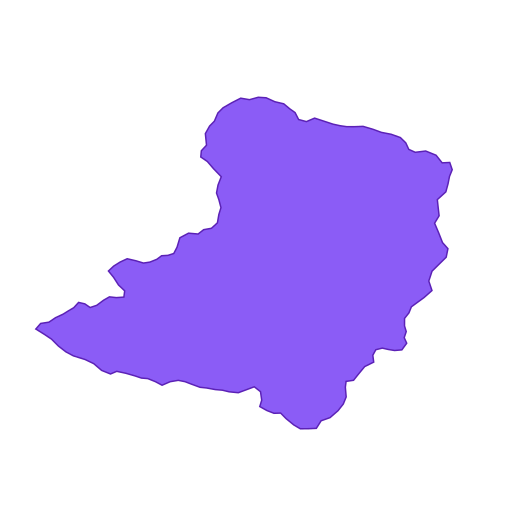 the district of Bom Jesus do Amparo, Minas Gerais, Brazil, rotated 292°
{"feature_id": "56859067B28888821052332", "entity_name": "Bom Jesus do Amparo", "entity_type": "district", "adm_level": 2, "iso_a3": "BRA", "parent_name": "Brazil", "parent_adm1": "Minas Gerais", "projection": "albers", "projection_center": [-43.474, -19.706], "detail": "fine", "context": "isolated", "style": "filled", "palette": "violet", "viewbox_px": 512, "rotation_deg": 292, "n_neighbors": 0, "source": "geoboundaries", "source_scale": "gbopen_adm2", "svg_char_len": 2109}
<svg xmlns="http://www.w3.org/2000/svg" viewBox="0 0 512 512"><g transform="rotate(292 256 256)"><path d="M415.3,400.6L412.1,393.7L416.9,385.2L416.9,374.0L411.8,364.8L412.1,357.7L417.0,352.5L419.9,345.5L419.5,335.7L417.6,326.0L417.3,316.9L416.3,306.7L412.8,298.9L409.9,291.7L408.3,285.2L407.1,278.1L406.4,267.6L405.8,258.7L399.5,252.4L398.5,244.4L403.6,238.5L405.1,232.2L407.5,224.7L406.1,215.7L406.5,206.1L404.0,198.6L398.5,191.4L396.6,182.7L389.1,176.2L381.2,170.0L374.4,167.1L365.4,166.9L359.1,164.3L350.5,163.2L340.2,168.6L333.1,165.9L327.1,167.7L325.4,175.5L321.0,184.0L316.5,194.1L307.6,194.2L299.6,195.8L294.3,200.5L287.7,205.4L280.6,206.0L272.3,207.8L265.0,204.3L260.8,197.6L254.7,194.1L251.9,184.9L244.4,178.6L234.6,179.5L227.5,178.8L223.6,174.1L220.9,168.4L215.8,165.3L210.6,159.9L207.3,154.3L206.6,146.5L205.2,137.6L199.4,132.2L193.3,127.8L186.8,124.8L182.9,131.9L177.6,139.4L174.5,147.3L168.4,148.9L165.1,142.1L163.2,135.4L158.0,131.3L150.6,126.8L146.1,121.5L147.5,115.2L146.5,108.9L139.8,106.4L135.0,102.7L129.9,99.0L123.8,93.3L117.1,88.8L112.8,81.6L105.8,79.2L104.2,88.4L102.3,97.6L98.5,106.5L95.9,115.7L95.0,124.1L96.0,136.3L95.4,145.9L92.1,155.7L92.1,165.3L96.9,170.1L98.5,179.2L99.5,188.7L99.9,195.5L101.8,201.6L101.8,209.8L101.0,217.3L107.3,223.5L111.6,230.5L112.9,237.3L113.0,243.9L113.3,253.3L115.1,259.5L116.9,268.3L119.0,275.1L120.0,281.9L122.6,290.8L128.7,297.5L134.1,303.4L131.9,311.0L124.5,315.3L117.8,315.9L116.8,324.0L116.9,331.6L119.6,337.7L116.5,344.8L113.5,354.4L112.4,361.8L115.5,369.3L118.8,376.5L127.6,378.1L133.9,385.2L143.3,390.0L151.5,392.4L159.1,392.4L167.8,388.0L173.5,386.5L177.3,393.0L184.4,395.1L194.2,398.2L201.7,404.9L207.7,401.5L214.0,402.2L217.9,407.6L218.9,413.7L220.3,419.9L223.6,426.4L231.6,428.4L235.8,424.0L242.2,423.6L246.8,419.9L253.8,417.1L260.5,419.1L267.1,419.1L273.4,423.0L280.3,427.3L289.9,432.1L297.5,425.6L307.9,424.9L316.7,428.7L326.1,432.8L334.7,431.2L338.3,423.9L345.7,416.9L353.3,409.3L361.9,410.7L368.9,406.9L376.2,403.0L386.6,408.0L394.9,407.0L402.3,405.6L409.5,405.6L415.3,400.6Z" fill="#8b5cf6" stroke="#5b21b6" stroke-width="1.5"/></g></svg>